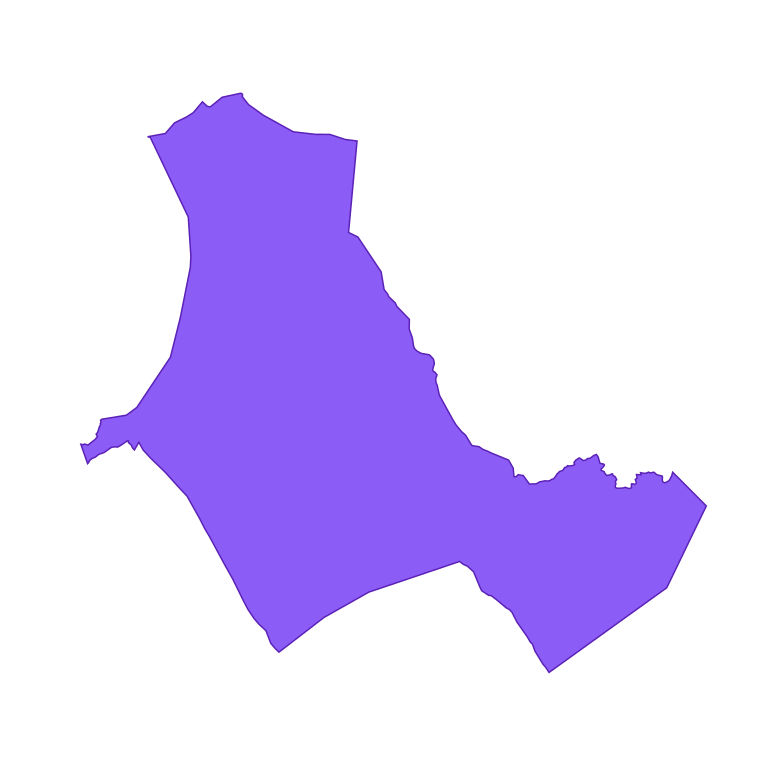 outline of Teococuilco de Marcos Pérez, Oaxaca, Mexico, rotated 264°
{"feature_id": "50627088B57116548490410", "entity_name": "Teococuilco de Marcos Pérez", "entity_type": "district", "adm_level": 2, "iso_a3": "MEX", "parent_name": "Mexico", "parent_adm1": "Oaxaca", "projection": "mercator", "projection_center": [-96.676, 17.319], "detail": "fine", "context": "isolated", "style": "filled", "palette": "violet", "viewbox_px": 768, "rotation_deg": 264, "n_neighbors": 0, "source": "geoboundaries", "source_scale": "gbopen_adm2", "svg_char_len": 3478}
<svg xmlns="http://www.w3.org/2000/svg" viewBox="0 0 768 768"><g transform="rotate(264 384 384)"><path d="M355.8,76.2L335.8,80.9L337.1,82.3L338.5,83.0L340.4,85.8L341.4,89.2L343.0,91.7L344.0,93.5L344.6,96.6L345.3,98.9L348.0,103.6L349.6,106.6L349.6,110.1L349.1,112.5L350.3,115.3L352.0,118.6L353.3,120.9L354.4,122.8L354.1,123.9L352.9,123.6L352.3,123.8L350.7,125.4L349.4,126.4L347.6,126.9L346.0,127.7L344.5,128.9L351.7,134.1L343.5,137.6L334.6,144.2L319.2,157.1L308.6,164.8L302.8,169.0L292.9,176.5L269.6,186.5L258.7,190.7L250.5,194.5L221.8,206.3L205.5,213.3L184.0,221.2L173.9,225.2L164.5,230.2L158.3,234.4L151.0,240.8L137.9,244.3L132.5,248.0L130.2,249.9L128.3,251.5L158.1,299.9L178.6,347.1L199.6,440.6L196.3,444.1L194.1,447.9L187.8,453.5L172.5,458.0L168.2,459.5L162.8,466.1L162.5,468.2L158.0,473.1L148.7,482.0L146.7,485.0L143.6,487.4L133.4,491.3L117.5,500.1L111.9,502.6L109.9,504.4L102.6,506.2L88.7,512.8L85.3,515.2L79.9,518.0L151.8,643.9L199.7,673.6L229.0,691.8L266.1,661.9L262.4,660.4L260.8,659.3L259.2,658.3L257.9,657.1L256.7,654.1L256.4,652.8L257.1,651.6L258.0,650.8L260.2,650.8L261.2,651.1L263.2,651.2L263.8,649.9L264.8,647.0L265.3,645.9L265.8,645.3L266.8,644.5L268.1,643.1L267.7,639.5L268.7,638.0L267.8,634.9L268.3,632.1L269.0,629.9L266.8,630.2L267.6,625.6L264.1,625.9L262.7,623.9L261.5,624.2L260.2,624.6L259.5,624.5L259.1,624.4L258.8,624.3L258.6,624.2L258.4,623.9L258.0,622.5L258.7,621.1L258.8,619.7L257.3,619.4L255.0,619.3L254.4,617.3L254.8,615.7L256.1,613.0L255.7,611.9L255.6,609.8L255.8,606.0L256.3,604.1L257.2,603.3L258.6,603.3L260.2,604.2L262.7,603.9L263.7,604.5L264.4,605.4L266.3,604.8L267.8,604.1L268.9,602.4L270.7,601.8L270.8,600.8L270.0,599.7L269.8,596.1L270.2,595.4L271.6,594.8L272.6,594.0L273.8,593.8L274.6,592.5L275.0,591.4L275.7,590.8L276.9,591.3L278.3,593.0L279.5,594.2L280.6,594.7L281.5,593.9L281.9,592.4L282.5,590.6L284.2,590.2L288.9,589.4L291.7,587.9L291.0,585.1L288.6,581.3L288.6,578.5L287.4,577.0L286.9,574.4L288.6,572.5L290.1,570.4L288.3,566.9L286.0,564.7L283.9,565.1L283.1,562.8L283.1,559.6L283.6,557.9L282.2,556.6L282.1,554.9L280.2,553.5L279.1,552.1L278.7,549.5L275.8,546.1L274.2,545.0L271.9,542.6L271.6,540.5L270.6,539.1L270.4,536.4L270.9,534.0L270.4,528.7L268.8,524.9L269.3,518.2L278.4,512.9L279.8,507.9L278.0,505.8L278.3,503.6L286.8,503.7L295.3,500.0L304.1,483.6L306.6,479.6L308.4,475.9L311.8,471.8L313.4,465.3L315.4,464.1L324.7,459.7L328.6,456.1L335.7,451.4L340.9,448.9L366.0,438.3L368.6,437.7L377.0,436.8L379.8,436.0L381.7,435.9L384.5,436.1L385.9,437.0L387.5,437.7L390.5,435.8L391.5,434.3L393.1,433.9L394.8,434.5L396.6,435.2L398.6,436.1L400.3,436.2L403.4,435.8L405.2,434.6L407.2,433.1L408.3,432.1L408.8,430.5L410.3,425.0L411.3,423.1L412.3,421.7L413.2,420.3L416.1,418.1L418.3,417.4L427.2,417.0L436.0,414.8L445.6,416.0L459.8,404.9L463.5,403.6L470.3,397.9L473.1,397.0L477.9,394.0L495.8,392.9L532.9,373.4L538.4,364.6L628.5,382.6L631.2,371.1L637.9,356.2L639.4,342.2L644.3,320.1L663.9,292.1L676.0,278.5L684.5,273.1L684.8,273.3L685.4,273.3L685.8,273.4L686.5,273.6L687.1,273.4L688.0,272.5L688.1,271.2L687.2,263.1L686.1,253.0L677.8,240.3L678.5,237.4L683.6,232.9L673.8,222.7L670.2,215.5L665.7,203.1L656.0,192.7L654.6,174.7L653.8,177.3L570.5,206.8L531.3,205.3L520.3,203.6L471.4,188.4L433.0,174.4L386.5,135.7L379.9,124.5L378.5,99.7L377.6,98.3L376.0,98.7L374.8,98.2L374.2,97.7L373.0,97.8L371.1,96.4L365.9,94.2L364.2,92.5L361.7,93.5L359.1,91.0L357.4,88.2L354.2,83.2L355.6,80.0L355.1,78.4L355.8,76.2Z" fill="#8b5cf6" stroke="#5b21b6" stroke-width="1.5"/></g></svg>